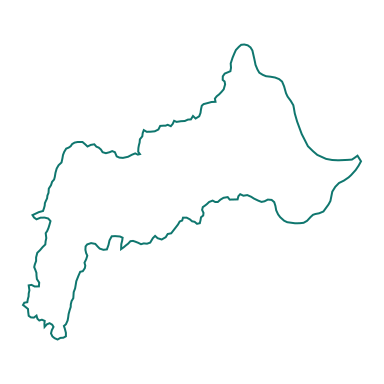 Igrapiúna, Bahia, Brazil (Natural Earth projection)
{"feature_id": "56859067B23298500408343", "entity_name": "Igrapiúna", "entity_type": "district", "adm_level": 2, "iso_a3": "BRA", "parent_name": "Brazil", "parent_adm1": "Bahia", "projection": "natural_earth1", "projection_center": [-39.239, -13.883], "detail": "fine", "context": "isolated", "style": "outline", "palette": "teal", "viewbox_px": 384, "rotation_deg": 0, "n_neighbors": 0, "source": "geoboundaries", "source_scale": "gbopen_adm2", "svg_char_len": 3896}
<svg xmlns="http://www.w3.org/2000/svg" viewBox="0 0 384 384"><path d="M361.0,161.3L357.5,155.7L354.6,157.8L351.9,159.6L347.4,159.9L338.3,160.3L332.2,160.0L326.1,158.9L317.3,154.9L313.0,151.2L307.9,146.2L304.1,138.7L301.7,134.0L297.1,121.5L294.8,113.5L293.9,108.2L293.3,105.2L290.7,100.8L287.6,96.6L286.0,93.2L284.1,86.4L282.1,81.6L279.1,79.1L275.0,77.5L270.4,76.7L266.0,76.2L262.7,74.8L259.3,72.7L257.4,69.4L255.5,64.8L254.9,61.7L254.3,58.9L252.4,50.5L250.5,47.4L247.7,45.3L244.3,44.5L241.2,44.8L238.9,46.8L235.9,50.0L234.4,53.3L232.6,57.6L230.7,63.5L231.0,67.8L230.4,71.2L227.8,72.3L224.7,73.6L222.8,76.3L222.7,79.9L224.6,81.5L225.1,84.4L223.7,89.3L221.5,91.9L219.2,94.3L216.7,96.3L214.9,98.6L215.5,101.8L211.5,102.0L207.5,103.1L203.6,104.1L201.8,105.7L201.0,109.3L200.5,112.9L199.2,116.3L195.6,118.5L193.0,116.0L190.9,119.4L187.9,119.6L184.8,121.0L181.0,121.2L176.6,121.9L174.1,120.8L172.7,123.9L170.8,126.2L167.7,124.8L165.5,125.7L163.2,125.7L160.2,125.9L158.4,129.5L154.8,131.3L150.6,131.7L146.7,131.8L143.8,130.1L142.7,133.1L142.3,136.3L139.9,139.3L139.6,142.6L138.9,145.2L138.4,148.0L138.2,151.7L139.9,154.1L137.8,154.6L135.2,153.4L132.0,154.7L128.0,156.8L122.9,157.9L119.4,157.6L116.7,156.4L114.9,152.2L112.2,151.1L109.6,152.2L105.9,153.2L102.6,152.2L100.9,149.5L98.7,147.6L96.4,146.7L94.3,144.3L90.8,144.9L87.5,146.5L85.3,144.4L82.5,142.0L79.8,142.0L77.6,142.0L74.6,142.6L72.1,144.1L70.7,146.2L68.7,147.6L66.2,148.6L64.2,151.9L63.0,155.0L62.4,158.5L61.5,162.5L58.6,165.2L56.7,168.5L55.5,172.7L54.8,176.9L54.1,179.5L52.1,181.8L51.0,185.2L48.8,188.6L48.5,192.9L47.4,195.6L47.1,198.3L46.0,200.6L44.9,203.1L44.7,205.6L44.0,208.2L43.0,211.0L38.9,212.1L32.5,215.1L34.0,217.5L36.5,219.3L40.5,217.7L44.6,217.6L48.2,218.5L50.5,221.1L49.4,225.0L48.5,227.9L47.2,231.0L45.7,233.2L46.3,238.1L45.6,241.3L45.3,244.5L42.7,247.0L40.0,250.2L37.3,252.8L36.1,257.4L36.1,261.0L34.8,264.5L34.2,267.1L35.3,269.8L36.4,272.8L36.5,275.6L36.9,279.1L39.2,282.6L38.9,286.4L34.7,286.5L31.5,284.9L28.7,285.4L29.4,290.3L28.7,293.5L28.6,296.4L27.8,299.3L27.3,302.2L24.3,302.7L23.0,305.0L25.6,307.0L28.0,309.0L28.2,311.9L28.7,315.8L30.9,317.4L33.9,317.6L36.5,315.6L37.4,318.7L39.3,320.5L41.9,319.7L44.7,320.9L44.4,323.8L44.6,326.9L46.9,324.3L49.6,323.2L52.2,324.7L53.5,326.9L51.8,330.2L51.0,333.4L52.4,336.4L54.6,338.2L57.6,339.5L60.4,337.9L63.4,337.7L65.9,336.3L65.9,332.8L64.8,328.6L63.9,326.0L65.9,324.3L67.6,320.5L68.2,317.3L68.6,314.1L69.7,310.0L70.7,307.0L70.8,304.3L71.6,301.0L73.3,298.2L73.5,295.1L73.7,292.1L75.1,288.4L75.8,284.3L76.3,281.2L78.4,275.9L80.2,271.8L82.8,271.2L84.8,268.2L85.3,265.7L84.5,262.7L86.2,259.2L87.3,255.7L86.1,253.0L85.4,249.8L85.6,246.4L87.2,244.4L91.1,243.1L95.3,243.9L97.7,246.6L99.7,248.6L103.4,249.8L106.9,249.4L108.5,244.9L109.5,240.4L111.7,236.3L115.1,236.1L120.0,236.5L122.6,237.7L122.2,240.6L121.3,244.1L121.1,249.1L123.8,247.2L126.0,245.3L128.1,243.7L130.4,241.2L133.0,240.9L135.4,241.7L138.2,242.8L141.0,244.2L143.8,243.4L147.0,243.7L150.2,242.6L152.9,238.1L155.1,235.9L157.6,238.2L161.7,239.5L165.7,237.2L167.7,234.0L171.2,233.3L178.0,224.5L179.7,221.5L182.2,220.5L183.0,217.7L186.7,217.7L189.8,219.3L192.1,221.3L194.6,221.8L197.0,223.8L199.8,223.2L200.5,220.3L201.0,217.3L203.2,215.5L203.5,212.9L202.1,209.9L202.8,207.1L204.7,205.8L206.8,204.2L209.1,202.0L212.6,200.6L215.2,202.0L217.8,202.0L220.5,199.6L223.5,197.8L227.7,197.1L229.7,199.6L233.8,199.5L237.6,199.4L238.4,196.2L240.2,194.2L243.4,195.7L247.3,195.1L251.2,196.8L254.0,198.6L258.4,200.7L261.5,201.9L264.5,201.3L267.8,199.6L271.6,199.9L274.2,202.1L275.4,205.9L276.2,210.3L278.1,214.4L280.2,217.2L284.1,220.7L287.2,222.2L295.2,223.3L299.9,223.2L303.6,222.8L307.1,220.8L310.6,217.0L313.0,214.8L315.4,214.0L319.1,213.3L323.4,211.5L328.5,204.5L330.4,201.0L332.3,191.6L335.3,186.8L339.0,183.0L343.9,180.6L348.6,177.4L351.1,175.1L355.7,170.0L358.6,165.7L361.0,161.3Z" fill="none" stroke="#0f766e" stroke-width="2"/></svg>